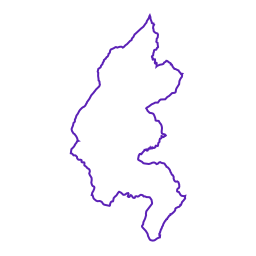 Santa María, Boyacá, Colombia
{"feature_id": "7082276B96191946256227", "entity_name": "Santa María", "entity_type": "district", "adm_level": 2, "iso_a3": "COL", "parent_name": "Colombia", "parent_adm1": "Boyacá", "projection": "robinson", "projection_center": [-73.238, 4.825], "detail": "fine", "context": "isolated", "style": "outline", "palette": "violet", "viewbox_px": 256, "rotation_deg": 0, "n_neighbors": 0, "source": "geoboundaries", "source_scale": "gbopen_adm2", "svg_char_len": 5840}
<svg xmlns="http://www.w3.org/2000/svg" viewBox="0 0 256 256"><path d="M70.8,153.3L71.9,153.6L72.4,153.9L73.5,155.3L75.1,155.3L75.6,155.5L77.0,156.9L77.1,158.1L77.5,158.8L78.3,159.6L79.1,159.8L80.5,159.7L81.3,160.0L81.6,160.3L81.5,161.8L81.9,162.2L82.3,162.4L83.7,162.3L84.3,162.5L84.5,163.4L84.3,165.0L84.4,165.4L86.4,166.9L87.2,168.0L89.0,169.1L89.5,169.8L89.8,170.9L89.8,171.7L89.2,173.4L89.8,175.0L91.5,177.7L91.6,178.3L91.7,180.1L91.3,182.6L91.8,184.4L92.2,185.3L92.7,186.0L94.0,186.6L94.4,187.3L94.2,188.8L93.3,191.0L92.3,192.6L91.7,195.1L92.6,195.3L93.5,198.2L94.0,198.9L96.2,200.7L97.5,201.2L99.7,201.0L100.6,201.3L101.4,201.7L102.1,202.3L103.0,203.8L104.2,204.7L109.5,205.8L109.9,205.5L110.2,203.7L110.8,202.2L111.6,201.5L112.8,201.4L113.1,201.1L113.7,198.1L115.1,196.5L116.4,195.5L118.1,192.8L119.0,191.8L119.3,191.8L121.2,192.8L123.3,194.8L124.9,194.7L126.9,193.3L128.2,193.1L128.6,193.9L127.8,196.4L128.6,197.0L129.4,196.9L130.8,195.1L131.5,195.5L132.9,197.5L133.6,197.9L134.6,197.9L135.0,197.3L135.4,196.4L136.4,196.2L137.8,196.6L138.7,196.3L139.7,195.4L140.9,194.8L142.7,195.2L143.4,196.3L143.7,196.5L144.7,196.3L146.6,197.1L149.2,197.2L149.8,197.4L151.5,199.8L152.1,203.0L152.0,203.8L146.3,211.3L145.9,213.8L146.1,215.1L145.1,218.6L143.4,222.2L143.1,224.4L142.0,226.0L142.0,226.4L142.4,227.3L145.7,230.8L147.3,233.3L147.7,234.2L148.0,235.9L149.5,239.0L150.2,239.9L151.2,240.3L152.7,240.6L154.2,240.4L155.2,239.9L156.5,238.9L157.4,238.3L159.3,237.5L159.9,237.4L160.1,235.3L159.4,235.3L159.3,233.7L160.1,232.6L160.1,231.9L160.7,230.5L160.9,229.4L161.6,228.6L162.0,227.0L162.9,225.6L163.3,224.1L165.0,221.1L165.6,220.6L166.1,219.5L167.1,219.1L167.2,218.4L167.8,217.8L168.0,217.3L168.3,217.1L169.2,215.7L170.4,215.1L170.4,214.2L172.0,213.7L174.5,211.3L175.2,210.1L175.3,208.8L175.9,208.1L177.9,207.1L179.1,206.8L180.2,205.7L180.3,205.0L180.8,205.1L181.0,204.9L182.1,202.0L183.7,200.3L184.7,198.9L185.1,198.6L185.0,196.7L185.2,195.9L184.2,196.2L181.7,195.8L181.2,195.5L180.6,195.0L178.9,192.0L177.5,191.7L177.1,191.3L177.1,190.0L177.4,189.1L177.8,188.6L178.9,187.9L179.3,186.7L179.2,184.6L178.4,182.2L177.3,181.4L176.0,181.7L175.3,181.5L174.7,181.0L174.1,180.1L173.6,178.5L173.7,177.0L172.9,175.3L171.8,174.6L171.1,172.9L170.5,172.0L169.9,170.1L169.1,168.9L167.9,167.5L166.4,166.7L166.2,166.0L165.0,164.5L164.6,163.7L163.8,163.3L162.3,163.1L161.1,162.7L160.1,162.1L158.9,162.6L157.7,163.8L156.5,164.1L155.7,163.2L154.3,162.5L153.3,162.5L151.9,162.9L150.7,163.5L148.9,164.0L144.8,163.5L143.4,163.2L142.0,161.8L138.6,160.0L138.2,159.6L138.1,158.9L138.8,155.5L139.7,154.0L140.4,153.9L141.1,154.3L141.4,154.2L141.6,153.5L142.0,153.3L143.0,152.0L144.0,151.0L144.5,149.9L145.3,150.1L145.5,150.0L146.1,149.4L146.5,149.8L146.9,150.6L147.4,150.6L147.6,149.8L148.2,149.7L148.3,148.7L148.6,148.5L149.1,148.8L149.6,148.1L150.1,148.1L150.3,147.6L150.9,148.6L151.2,148.5L151.2,147.9L151.6,147.7L152.1,147.3L152.5,147.4L152.8,148.1L153.3,147.8L154.0,148.0L155.3,147.3L155.4,146.3L155.8,145.7L157.7,146.0L158.1,145.1L158.3,143.1L159.5,141.8L159.5,140.2L160.0,138.7L161.0,138.4L161.6,137.7L161.6,136.9L161.4,136.3L161.5,136.0L162.0,136.2L162.5,137.0L163.1,137.1L163.7,137.0L164.3,136.2L165.4,135.9L165.8,135.4L164.8,134.4L162.9,134.0L161.9,133.3L161.6,132.0L162.0,128.0L161.7,126.2L161.1,124.5L159.4,122.3L158.9,121.1L158.6,120.9L156.2,120.7L155.6,120.4L155.3,118.4L154.9,117.2L154.1,115.1L153.3,113.8L151.9,113.2L149.6,112.8L147.5,110.7L147.0,109.5L146.2,108.3L146.9,107.6L148.8,106.5L151.7,104.3L153.8,103.4L155.2,102.6L157.9,102.6L159.7,100.2L160.8,99.5L165.2,99.3L167.3,97.0L169.2,95.9L172.1,93.1L174.7,92.8L175.4,92.3L175.7,91.9L176.0,89.7L176.4,88.5L179.1,84.2L179.4,81.3L179.6,80.6L180.6,78.5L181.9,76.8L182.1,75.2L181.9,74.4L182.3,73.8L181.7,73.7L181.0,74.0L180.1,72.6L179.0,71.4L178.5,70.4L177.8,70.2L175.4,69.0L174.4,68.9L174.0,68.2L173.4,67.7L173.1,67.2L172.6,66.6L172.0,65.0L171.8,64.7L170.8,64.5L170.9,63.7L170.5,63.2L168.7,62.2L167.7,61.3L167.0,60.9L166.3,60.8L165.6,61.8L164.2,62.5L163.9,62.9L163.7,63.5L163.3,63.9L162.0,64.4L160.0,64.7L157.3,65.8L156.5,66.5L156.7,65.1L156.5,64.4L156.7,63.2L156.6,62.9L156.4,62.8L155.6,63.6L155.4,63.6L155.0,63.3L154.8,62.7L155.1,60.7L155.0,59.4L154.4,59.3L152.9,59.7L152.7,59.5L152.6,59.1L152.9,58.3L152.6,57.9L152.1,57.6L151.9,56.5L152.3,55.9L153.1,55.5L153.4,53.0L153.8,52.1L154.1,50.3L154.9,49.8L156.1,49.7L156.3,49.6L157.1,47.8L157.9,47.4L158.1,47.0L157.7,44.7L157.6,42.9L156.5,42.1L156.3,41.5L156.6,40.5L156.7,38.8L157.7,37.4L158.0,34.7L157.5,33.5L155.6,32.9L154.2,31.8L153.6,30.9L153.6,30.2L153.4,28.8L153.1,28.3L153.1,27.4L153.4,25.6L153.7,25.4L154.1,24.7L153.5,24.2L153.5,23.5L152.1,23.2L151.8,22.9L151.8,22.3L150.5,18.9L150.4,17.1L149.8,15.4L149.5,15.9L148.8,18.1L146.8,21.2L146.5,22.6L145.5,23.7L143.4,26.7L141.0,28.6L135.4,33.8L134.6,34.4L133.3,37.1L132.5,37.8L131.8,38.8L131.7,39.8L131.2,40.3L130.1,40.9L127.0,44.2L125.5,45.2L123.8,47.0L122.8,47.6L122.1,47.0L121.3,46.7L119.7,46.8L117.2,47.6L116.2,47.1L115.6,47.1L113.6,48.3L110.8,49.5L110.2,50.5L109.8,52.6L109.1,53.5L108.5,53.9L108.4,55.0L107.8,56.3L107.2,56.9L106.8,57.0L106.3,57.5L105.7,58.7L105.3,58.8L104.8,59.4L103.9,60.1L103.8,61.3L102.8,62.7L102.6,63.9L101.0,65.8L100.6,67.3L98.3,68.9L97.7,71.7L98.3,72.9L98.1,74.0L98.2,74.5L98.1,75.9L98.5,78.6L98.6,80.5L99.2,81.0L99.5,81.8L99.6,83.5L99.9,84.6L99.5,85.8L99.2,86.4L96.0,89.5L94.8,91.2L94.3,91.6L94.1,92.1L91.2,95.4L89.5,98.7L86.9,102.3L86.8,103.0L86.2,103.8L85.3,105.6L84.1,106.7L83.0,107.2L82.0,107.9L80.2,109.7L79.3,110.9L77.8,113.8L76.5,115.5L75.5,118.6L75.1,119.1L74.9,119.6L74.9,121.3L74.7,121.8L73.5,123.0L73.0,125.5L71.7,128.6L71.6,129.3L72.0,131.0L73.5,133.5L74.4,133.9L76.2,136.3L77.1,138.1L77.8,140.6L78.3,140.9L77.1,141.2L76.9,141.5L76.7,142.4L75.4,144.0L74.8,144.9L74.8,145.3L73.6,147.0L71.4,149.2L70.8,153.3Z" fill="none" stroke="#5b21b6" stroke-width="2"/></svg>